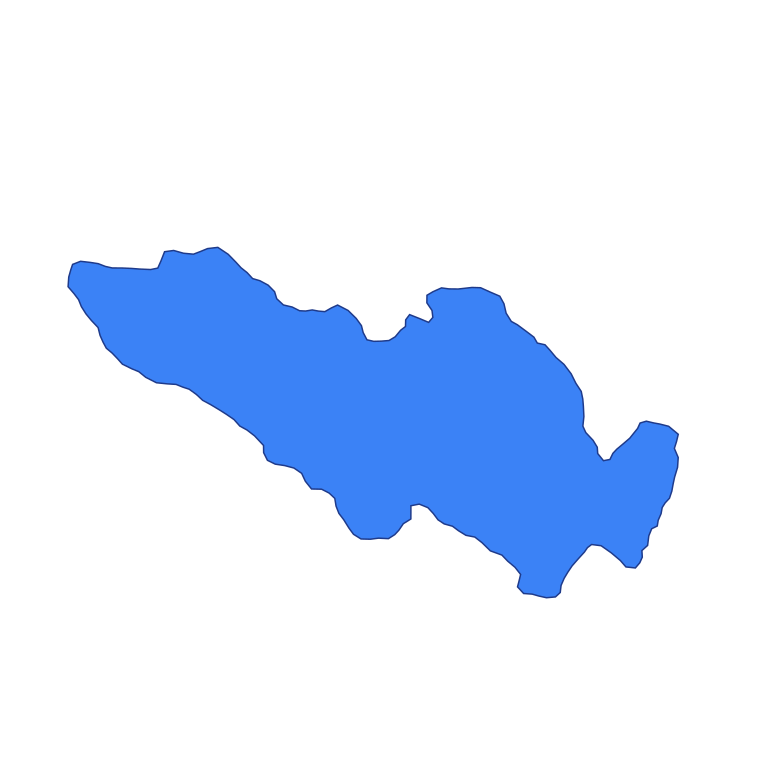 Espírito Santo do Dourado, Minas Gerais, Brazil (Equal Earth projection), rotated 313°
{"feature_id": "56859067B12687901957749", "entity_name": "Espírito Santo do Dourado", "entity_type": "district", "adm_level": 2, "iso_a3": "BRA", "parent_name": "Brazil", "parent_adm1": "Minas Gerais", "projection": "equal_earth", "projection_center": [-45.985, -21.998], "detail": "fine", "context": "isolated", "style": "filled", "palette": "blue", "viewbox_px": 768, "rotation_deg": 313, "n_neighbors": 0, "source": "geoboundaries", "source_scale": "gbopen_adm2", "svg_char_len": 2755}
<svg xmlns="http://www.w3.org/2000/svg" viewBox="0 0 768 768"><g transform="rotate(313 384 384)"><path d="M420.9,693.3L427.7,693.0L433.5,691.0L438.1,686.2L445.7,686.9L453.6,681.2L460.7,678.5L466.5,680.7L471.3,677.5L478.1,675.1L483.4,671.7L488.8,670.7L495.1,670.7L501.9,667.6L508.3,663.5L514.0,660.1L523.3,655.5L530.9,649.3L534.9,640.3L541.4,637.2L547.9,633.5L547.2,621.0L542.8,613.0L539.4,607.7L535.7,601.2L530.1,597.9L524.4,599.8L518.5,600.2L512.0,600.7L503.9,599.8L495.1,598.7L489.4,598.7L482.9,600.7L477.6,596.8L478.9,587.7L483.2,583.1L485.4,575.3L486.1,564.7L488.8,558.2L496.5,552.4L503.8,544.9L508.6,539.6L513.1,533.3L515.4,523.8L519.1,513.9L521.1,502.3L520.7,491.7L521.9,482.1L522.5,475.0L518.5,468.2L520.5,461.7L519.6,452.9L518.3,441.2L516.6,434.4L519.1,425.0L524.5,417.0L527.2,408.8L523.6,398.8L520.3,389.0L514.6,382.5L509.8,378.4L504.1,373.5L497.9,366.7L493.5,360.5L485.0,356.9L478.2,354.9L472.6,360.0L470.5,369.0L466.0,374.3L459.5,374.6L456.2,365.6L452.2,355.4L445.7,356.1L440.7,360.5L434.6,359.5L426.2,360.0L419.2,358.0L413.3,352.6L408.2,347.4L404.7,341.4L407.4,333.7L411.3,327.7L413.0,318.9L413.3,307.6L410.1,296.2L403.7,293.6L396.6,291.4L392.6,286.3L389.2,281.0L383.9,276.9L380.0,272.3L377.7,264.4L373.2,256.5L373.2,247.4L376.9,241.0L377.3,231.9L374.9,222.8L371.5,216.0L372.1,208.0L371.5,200.2L372.1,192.5L372.6,181.6L370.6,169.3L362.7,162.6L355.3,159.2L349.0,156.1L342.9,148.2L338.2,139.1L331.1,133.3L322.0,136.9L314.5,139.5L308.6,135.3L301.5,127.0L296.4,120.6L289.9,113.0L283.6,106.2L280.0,100.1L277.1,92.9L272.7,86.4L266.8,78.4L259.1,74.7L254.0,77.0L247.2,80.5L239.7,86.6L238.7,95.6L237.4,103.1L234.2,109.9L232.0,118.3L230.9,126.7L230.3,136.4L225.9,143.2L223.0,150.0L220.8,156.5L221.2,164.0L220.8,171.3L220.1,179.2L223.2,189.4L225.8,196.3L226.4,205.3L229.7,216.7L236.3,225.4L241.9,232.2L244.5,239.0L247.3,245.0L248.4,253.9L248.4,262.6L250.7,271.3L252.7,280.7L254.4,289.7L255.7,298.6L254.9,307.3L256.9,315.1L257.8,324.7L256.9,337.8L251.7,342.8L248.7,350.8L251.2,359.1L256.6,367.0L261.1,375.4L262.5,384.7L259.2,392.9L257.8,402.6L264.5,410.1L266.8,418.2L266.8,426.0L262.0,432.2L258.6,439.3L257.3,447.0L254.7,456.7L253.3,464.2L255.0,472.9L261.2,479.9L267.6,485.2L273.9,492.7L281.2,494.6L287.2,494.6L295.0,493.4L303.6,495.7L308.8,490.9L313.3,486.7L320.2,491.7L323.5,500.4L322.9,508.3L321.5,516.2L322.7,523.4L326.7,531.1L327.5,538.6L329.2,547.1L334.0,554.8L334.8,563.9L334.5,575.6L339.3,586.9L338.8,595.3L339.3,604.8L337.9,613.8L331.7,617.3L326.7,620.0L326.0,629.0L331.4,635.7L334.5,641.8L338.5,648.6L345.2,654.6L351.7,655.1L357.4,650.9L364.7,648.3L371.7,646.8L379.3,645.6L388.8,645.3L397.8,645.2L403.1,644.4L408.2,645.3L413.8,653.1L415.5,665.4L416.1,677.3L415.2,685.7L420.9,693.3Z" fill="#3b82f6" stroke="#1e3a8a" stroke-width="1.5"/></g></svg>